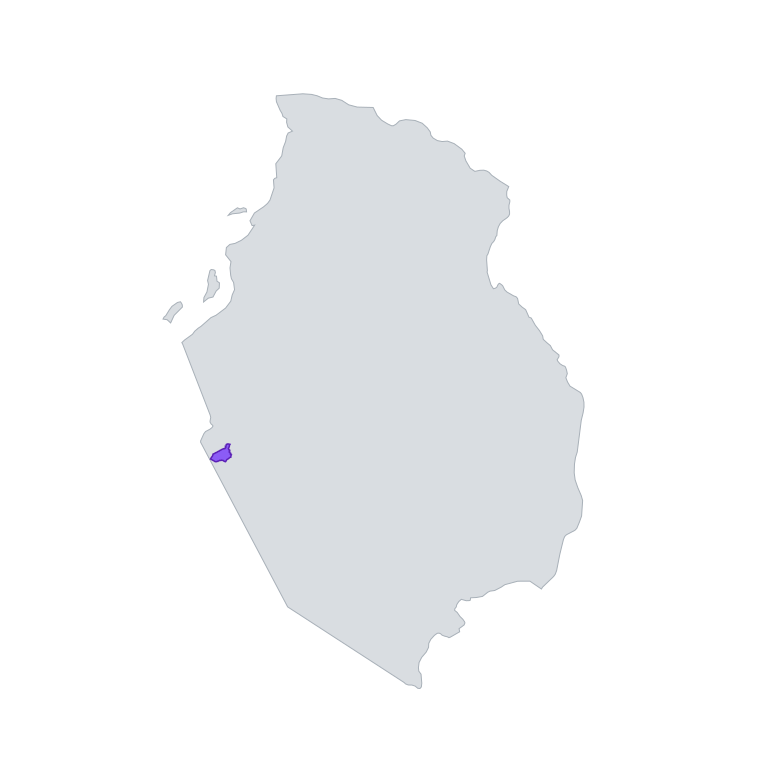 location of Siha, Kilimanjaro, United Republic of Tanzania, rotated 213°
{"feature_id": "72390352B52159147893976", "entity_name": "Siha", "entity_type": "district", "adm_level": 2, "iso_a3": "TZA", "parent_name": "United Republic of Tanzania", "parent_adm1": "Kilimanjaro", "projection": "mercator", "projection_center": [37.068, -3.108], "detail": "fine", "context": "in_parent", "style": "filled", "palette": "violet", "viewbox_px": 768, "rotation_deg": 213, "n_neighbors": 0, "source": "geoboundaries", "source_scale": "gbopen_adm2", "svg_char_len": 6668}
<svg xmlns="http://www.w3.org/2000/svg" viewBox="0 0 768 768"><g transform="rotate(213 384 384)"><path d="M296.4,519.5L289.2,515.7L282.6,513.4L277.2,510.8L274.8,508.2L269.7,507.3L265.4,506.8L261.3,504.5L253.0,503.6L252.1,502.1L252.0,498.6L250.5,497.7L247.5,496.8L244.2,496.8L242.3,497.3L241.1,497.1L238.4,495.0L235.9,492.5L234.9,488.3L231.1,485.6L226.8,483.5L214.6,483.8L212.7,483.1L209.8,481.0L206.4,477.6L203.7,473.6L201.3,468.2L198.8,461.0L184.9,432.2L183.4,426.7L180.7,420.7L176.2,413.2L171.5,407.7L165.1,402.7L157.8,397.8L153.9,394.4L146.4,380.9L144.9,374.6L143.7,368.0L144.2,365.3L148.9,356.9L149.4,354.5L148.8,351.3L146.5,344.6L143.6,336.4L137.6,321.5L136.8,317.8L136.9,315.0L140.4,299.9L140.3,297.8L154.3,298.1L164.5,291.4L173.3,281.6L175.1,277.4L178.7,271.1L182.3,268.0L183.6,265.8L185.7,259.5L190.3,255.2L194.9,251.9L193.9,249.6L194.6,248.7L197.1,247.0L201.9,245.5L202.8,242.2L202.8,238.5L202.0,236.4L202.2,234.0L201.4,232.6L198.3,232.3L193.6,230.4L189.7,229.6L187.0,228.5L186.0,227.7L185.6,225.5L187.8,219.7L185.6,217.4L190.5,207.8L191.4,206.6L193.1,206.5L196.0,205.5L198.5,205.0L200.6,205.4L202.2,205.0L203.6,203.9L204.8,200.7L205.7,195.2L205.2,190.8L203.2,187.4L202.6,182.2L203.5,175.3L202.9,169.5L200.6,164.8L198.4,162.1L194.9,160.8L189.4,153.7L187.7,150.3L188.0,148.2L189.9,147.2L193.4,147.6L196.7,146.7L199.7,144.8L202.7,144.2L204.3,144.6L343.4,144.6L506.1,235.3L506.8,236.4L508.0,244.2L507.8,246.9L505.3,251.4L504.5,253.8L504.5,255.4L505.1,256.0L507.2,256.3L509.1,257.3L509.7,258.2L511.1,261.6L512.9,263.3L574.7,307.9L576.1,308.6L575.2,312.3L571.7,321.4L571.5,325.2L570.2,329.7L568.9,332.6L565.3,345.4L562.3,350.2L558.2,361.4L557.6,370.0L559.8,376.0L560.7,381.7L565.4,387.2L569.3,389.2L571.8,391.7L576.4,397.5L579.0,403.3L587.2,406.1L590.5,412.6L589.3,417.1L585.5,420.8L581.9,426.8L579.1,434.7L579.0,446.8L580.9,445.0L585.3,447.9L585.8,456.8L581.4,467.2L580.0,472.1L579.8,476.2L583.0,488.6L587.9,495.0L587.6,497.0L586.3,498.6L594.7,509.8L594.0,519.6L597.2,527.2L598.6,533.8L600.7,538.9L601.1,542.3L598.5,546.2L604.6,547.2L608.2,550.4L609.9,553.4L614.4,553.3L616.8,555.3L620.2,557.0L627.9,562.1L630.0,564.7L631.2,567.1L610.1,583.2L602.5,587.4L597.1,589.3L591.3,590.4L585.8,592.9L580.5,596.9L573.9,598.9L565.7,598.9L557.2,601.7L543.7,610.0L535.9,605.4L529.7,603.9L522.6,604.1L518.3,604.7L516.8,605.7L515.4,608.5L514.3,613.1L509.7,617.6L501.5,621.9L494.0,623.5L487.2,622.4L482.5,620.6L480.1,618.1L476.6,617.0L471.8,617.2L467.3,619.0L463.0,622.3L456.1,623.8L446.7,623.3L441.6,621.7L440.9,618.9L436.8,615.7L429.2,611.9L423.6,611.8L420.0,615.4L416.7,617.7L413.8,618.6L411.1,618.7L407.3,617.7L396.8,617.3L386.9,617.5L385.9,612.3L383.9,609.1L382.1,607.3L378.7,606.8L377.7,605.3L376.6,602.1L374.9,599.4L372.7,597.1L371.3,595.0L370.9,593.0L371.2,590.9L373.3,585.6L374.0,582.0L373.7,578.2L372.6,574.4L370.2,569.9L370.5,568.6L369.7,565.5L369.6,563.3L370.1,560.6L369.6,557.1L367.6,549.5L367.6,547.6L365.5,543.9L358.9,535.2L358.6,534.1L348.3,525.4L344.1,523.5L342.7,525.1L342.1,526.6L342.5,529.4L342.3,530.8L341.9,531.4L339.4,531.3L337.9,531.0L334.0,528.7L330.9,528.1L323.4,528.5L320.7,529.1L318.6,528.5L314.6,524.5L310.0,523.7L305.7,523.5L298.8,519.0L296.4,519.5ZM588.3,374.7L591.7,384.2L591.3,385.9L588.9,387.0L587.6,387.1L586.1,385.6L585.1,382.4L583.2,383.2L580.1,379.3L577.1,379.2L574.4,374.6L575.4,370.6L574.8,363.8L578.1,360.3L580.0,354.5L582.1,358.5L582.6,364.7L585.5,372.0L588.3,374.7ZM604.7,318.1L604.9,320.3L604.2,322.5L604.4,329.2L604.1,333.7L601.6,339.9L599.5,342.1L597.7,341.4L596.2,340.4L595.0,338.7L597.4,327.3L596.2,319.0L600.9,319.8L604.7,318.1ZM597.8,455.3L595.4,455.9L594.5,455.3L593.0,453.5L595.6,451.9L598.1,448.8L603.8,444.2L606.5,440.6L606.1,444.1L602.9,451.9L600.1,452.4L597.8,455.3Z" fill="#d9dde1" stroke="#a8b0b8" stroke-width="1"/><path d="M474.4,235.5L474.2,235.8L474.1,236.0L474.0,236.3L473.9,236.4L473.8,236.6L473.7,236.7L473.7,236.8L473.7,237.0L473.6,237.3L473.5,237.7L473.4,238.0L473.3,238.3L473.2,238.5L472.9,238.9L472.8,239.0L472.7,239.1L472.6,239.3L472.8,239.5L473.0,239.8L473.1,240.1L473.3,240.5L473.4,240.8L473.4,241.0L473.4,241.3L473.4,241.5L473.5,241.5L473.9,241.5L474.0,241.5L474.3,241.5L474.5,241.4L474.7,241.6L474.8,242.0L474.8,242.4L475.2,242.4L475.4,242.4L475.8,242.4L476.0,242.5L476.3,242.5L476.5,242.5L476.6,242.8L476.6,243.3L476.8,243.4L477.1,243.5L477.3,243.5L477.4,244.0L477.4,244.3L477.3,244.5L477.5,244.6L477.9,244.5L478.0,244.5L478.5,244.6L478.8,244.6L479.0,244.9L479.1,245.0L479.2,245.3L479.3,245.3L479.4,245.5L479.5,245.5L479.5,245.8L479.5,246.0L479.5,246.4L479.5,246.5L479.6,246.8L479.7,247.2L479.8,247.4L479.8,247.5L479.9,247.8L480.0,248.0L480.2,248.4L480.2,248.5L480.3,248.6L480.3,249.0L480.3,249.4L480.3,249.5L482.0,248.9L482.3,248.7L482.5,248.6L482.7,248.3L482.7,248.2L482.8,248.2L483.0,248.0L483.1,247.8L483.2,247.5L483.3,247.4L483.3,247.2L483.2,247.1L483.1,246.9L483.0,246.7L482.9,246.4L482.8,246.2L482.7,245.9L482.7,245.7L482.8,245.6L482.7,245.6L482.7,245.4L482.6,245.2L482.4,245.0L482.4,244.9L482.2,244.8L482.1,244.7L482.0,244.4L482.1,244.2L482.2,243.9L482.3,243.8L482.3,243.7L482.2,243.5L482.2,243.3L482.2,243.2L482.3,243.1L482.5,243.1L482.7,242.9L482.8,242.9L482.8,242.7L483.0,242.6L483.2,242.4L483.3,242.3L483.3,242.2L483.5,242.0L483.6,241.9L483.8,241.7L484.0,241.3L484.2,241.0L484.4,240.8L484.6,240.3L484.8,240.0L484.8,239.9L485.0,239.5L485.0,239.4L485.2,239.2L485.3,239.1L485.4,238.9L485.5,238.8L485.5,238.7L485.5,238.4L485.5,238.2L485.8,238.0L485.9,237.9L486.0,237.7L486.1,237.4L486.3,237.2L486.5,236.8L486.6,236.7L486.7,236.3L486.8,236.1L486.9,235.8L487.0,235.7L487.2,235.3L487.3,235.3L487.5,235.0L487.7,234.8L487.8,234.6L487.9,234.3L487.9,234.2L488.1,234.0L488.2,233.7L488.3,233.5L488.4,233.3L488.5,233.1L488.7,232.8L488.9,232.6L489.0,232.4L489.2,232.2L489.1,231.9L488.8,230.9L488.6,230.0L488.7,229.4L488.7,229.2L488.7,228.8L488.7,228.7L488.8,228.4L488.7,228.1L488.7,227.8L488.7,227.6L488.7,227.2L488.6,226.9L488.6,226.6L487.5,226.7L487.1,226.7L486.1,226.8L484.8,226.9L484.5,226.9L484.0,226.9L483.4,226.9L483.1,227.0L482.9,227.2L482.7,227.3L482.1,227.7L482.0,227.9L481.9,227.9L481.8,228.1L481.7,228.2L481.6,228.3L481.5,228.5L481.4,228.7L481.3,228.8L481.2,228.8L481.2,229.0L480.9,229.3L480.6,229.6L480.4,230.0L480.3,230.4L480.2,230.5L479.7,230.7L479.5,230.8L479.3,230.9L479.1,231.0L479.0,231.3L479.0,231.5L478.7,231.6L478.3,231.8L478.1,231.9L477.9,232.0L477.6,232.1L477.4,232.2L477.1,232.3L476.8,232.1L476.7,232.1L476.4,232.1L476.2,232.2L475.8,232.2L475.7,232.2L475.4,232.3L475.2,232.3L474.7,232.4L474.6,232.5L474.5,232.9L474.5,233.0L474.6,233.7L474.6,234.0L474.6,234.3L474.6,234.6L474.6,234.8L474.6,235.1L474.5,235.3L474.4,235.5Z" fill="#8b5cf6" stroke="#5b21b6" stroke-width="1.5"/></g></svg>